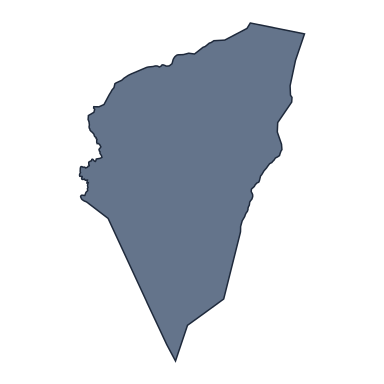 outline of Nuevo Zoquiápam, Oaxaca, Mexico
{"feature_id": "50627088B31400461246224", "entity_name": "Nuevo Zoquiápam", "entity_type": "district", "adm_level": 2, "iso_a3": "MEX", "parent_name": "Mexico", "parent_adm1": "Oaxaca", "projection": "mercator", "projection_center": [-96.664, 17.249], "detail": "fine", "context": "isolated", "style": "filled", "palette": "slate", "viewbox_px": 384, "rotation_deg": 0, "n_neighbors": 0, "source": "geoboundaries", "source_scale": "gbopen_adm2", "svg_char_len": 2654}
<svg xmlns="http://www.w3.org/2000/svg" viewBox="0 0 384 384"><path d="M86.5,201.9L108.1,218.4L146.6,301.5L147.0,302.5L158.2,326.3L166.7,344.5L166.8,344.7L175.5,361.0L187.5,325.3L207.4,310.9L223.7,299.0L240.0,234.0L240.5,231.9L240.6,229.0L240.6,226.6L242.2,220.8L244.7,216.6L245.2,215.0L246.0,213.2L247.4,211.3L248.0,209.5L248.0,208.2L248.5,206.6L249.1,205.7L249.4,204.7L249.7,202.1L250.6,200.7L251.9,199.1L252.7,196.7L252.7,194.9L252.3,193.7L251.2,191.6L251.4,189.3L251.9,188.6L253.1,187.6L254.3,186.5L255.2,184.8L256.9,183.0L258.7,182.2L259.0,181.6L259.4,180.7L260.6,175.9L261.7,174.7L264.0,170.8L265.0,169.7L266.5,168.0L267.8,166.1L269.6,163.7L271.9,162.5L272.5,161.6L273.9,160.3L275.4,158.0L277.6,156.9L279.5,155.6L280.0,153.8L281.0,151.0L281.9,149.7L281.8,147.9L281.5,144.2L277.3,132.0L277.7,122.6L291.7,102.1L292.0,97.4L290.5,95.2L290.1,85.8L295.5,60.4L304.5,33.9L250.3,23.0L247.0,28.4L224.7,40.1L213.9,40.7L211.0,42.6L209.3,43.1L205.2,46.5L203.0,47.3L194.5,54.0L188.7,53.2L183.4,54.6L178.0,54.8L176.7,55.2L175.0,56.6L174.4,57.4L173.8,58.3L173.2,59.4L172.3,62.7L172.0,63.7L171.3,64.3L170.2,65.2L169.1,65.9L167.2,66.1L166.2,66.1L165.0,65.5L163.9,65.1L162.9,64.8L161.9,65.0L161.3,65.9L159.5,67.0L158.5,66.6L157.7,66.1L156.0,65.9L154.9,66.0L153.2,66.5L148.2,67.0L146.6,67.4L131.5,73.8L128.4,75.3L124.1,78.1L121.7,80.3L116.1,82.9L114.9,83.7L114.0,87.6L112.0,90.0L110.8,92.2L109.3,94.6L104.0,104.5L99.0,106.8L93.8,106.7L93.6,108.0L94.7,109.3L93.9,112.3L88.4,115.5L88.1,119.5L89.0,121.8L89.4,125.0L89.1,126.4L89.2,128.0L89.8,128.9L90.0,130.1L91.3,131.6L92.3,132.3L94.0,134.3L94.3,135.8L94.9,136.7L96.1,137.5L96.1,138.6L97.0,139.3L96.7,140.4L96.7,142.3L97.2,143.7L98.4,143.5L99.8,144.8L100.9,146.9L100.0,148.1L99.0,149.3L99.3,150.9L100.0,151.7L100.0,153.4L101.5,155.7L101.9,157.4L100.2,158.3L97.4,158.8L96.3,159.0L96.0,160.1L95.7,161.0L95.2,161.5L94.6,161.2L93.8,160.5L92.9,159.4L92.2,159.2L91.8,159.5L91.6,160.2L91.1,161.0L90.4,161.1L89.8,161.5L89.0,161.9L88.7,162.4L88.8,164.5L89.3,165.2L89.2,165.8L88.2,166.1L87.5,167.2L86.6,167.6L85.4,167.9L85.1,167.4L84.4,167.1L83.0,167.2L81.9,166.6L81.1,166.6L80.6,167.1L80.3,168.3L80.2,170.6L80.2,171.9L80.5,172.5L79.7,174.1L79.5,175.1L79.8,176.3L81.2,176.4L82.1,176.5L82.0,177.4L81.6,178.2L81.8,179.1L82.1,179.3L82.3,179.4L82.5,179.4L82.9,179.5L83.7,179.3L84.4,179.1L85.3,180.3L87.4,180.1L86.9,182.9L88.2,182.7L87.8,184.0L87.5,185.7L88.0,187.5L87.4,188.5L87.7,190.6L86.9,191.4L86.3,192.0L86.0,192.3L85.7,193.0L85.1,194.7L84.8,195.5L83.6,195.4L82.9,195.2L81.6,195.2L81.0,195.7L80.6,196.4L80.8,197.3L81.6,199.0L82.3,199.7L83.3,200.4L84.3,201.0L86.5,201.9Z" fill="#64748b" stroke="#1e293b" stroke-width="1.5"/></svg>